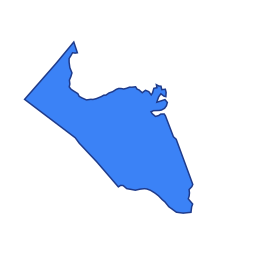 the district of Antônio Martins, Rio Grande do Norte, Brazil, rotated 36°
{"feature_id": "56859067B13726500765771", "entity_name": "Antônio Martins", "entity_type": "district", "adm_level": 2, "iso_a3": "BRA", "parent_name": "Brazil", "parent_adm1": "Rio Grande do Norte", "projection": "natural_earth1", "projection_center": [-37.923, -6.207], "detail": "fine", "context": "isolated", "style": "filled", "palette": "blue", "viewbox_px": 256, "rotation_deg": 36, "n_neighbors": 0, "source": "geoboundaries", "source_scale": "gbopen_adm2", "svg_char_len": 1376}
<svg xmlns="http://www.w3.org/2000/svg" viewBox="0 0 256 256"><g transform="rotate(36 128 128)"><path d="M154.8,181.3L155.8,178.7L157.9,177.4L162.6,177.8L170.5,174.0L173.8,170.3L177.0,167.4L179.2,166.2L182.8,165.2L187.7,164.8L192.5,164.9L197.6,165.8L201.4,166.1L207.3,167.7L216.6,167.7L218.9,166.5L222.7,164.4L228.5,159.2L225.8,154.3L225.0,151.5L218.4,149.9L217.4,147.0L215.9,144.4L213.6,141.9L214.1,137.9L213.6,135.6L173.6,108.8L169.9,108.4L151.0,96.1L149.0,95.4L146.3,97.5L145.5,99.9L143.4,102.5L139.2,102.2L137.1,101.4L138.4,99.0L141.1,96.9L143.0,95.4L144.5,93.8L146.0,90.6L146.0,87.4L144.8,84.2L141.2,83.3L136.2,90.2L135.4,87.9L134.5,84.8L134.5,81.0L138.3,81.1L140.2,80.4L137.9,76.8L135.4,74.7L132.8,77.1L130.1,74.8L128.3,75.9L125.5,76.3L127.7,78.4L125.6,80.7L127.2,85.2L127.3,87.6L123.5,86.4L120.0,87.2L118.8,91.1L114.6,90.7L112.5,91.2L109.9,90.2L107.3,92.6L105.2,94.1L103.5,96.7L101.6,99.0L99.4,100.0L97.3,101.4L95.8,103.6L94.3,107.5L92.0,110.9L90.8,114.4L89.1,115.7L88.0,118.2L85.1,122.9L82.9,125.5L81.0,126.7L77.9,129.7L73.2,130.7L69.9,131.1L67.2,129.7L64.2,129.9L61.2,130.1L58.9,130.1L56.3,129.3L55.1,126.6L52.4,123.7L51.6,120.1L50.3,116.4L45.5,113.4L41.7,109.4L39.5,106.4L39.2,102.8L38.9,99.7L41.2,98.5L42.8,96.9L33.6,90.3L31.8,118.5L27.5,165.6L46.8,166.0L91.1,166.9L97.6,169.0L122.5,173.7L154.8,181.3Z" fill="#3b82f6" stroke="#1e3a8a" stroke-width="1.5"/></g></svg>